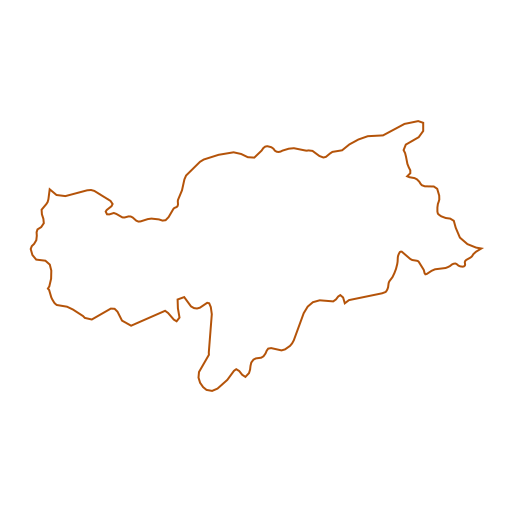 the Province of Bozen
{"feature_id": "ITA-5459", "entity_name": "Bozen", "entity_type": "Province", "adm_level": 1, "iso_a3": "ITA", "parent_name": "Italy", "parent_adm1": "", "projection": "albers", "projection_center": [11.502, 46.655], "detail": "fine", "context": "isolated", "style": "outline", "palette": "amber", "viewbox_px": 512, "rotation_deg": 0, "n_neighbors": 0, "source": "natural_earth", "source_scale": "10m", "svg_char_len": 3362}
<svg xmlns="http://www.w3.org/2000/svg" viewBox="0 0 512 512"><path d="M47.9,288.6L49.3,286.4L51.1,278.7L51.3,270.6L49.8,264.6L45.4,260.7L36.2,259.6L32.4,255.0L30.7,249.0L31.8,246.1L34.1,243.9L36.3,240.2L36.8,235.8L36.6,232.2L37.5,229.4L41.2,227.1L43.8,223.2L43.4,218.9L41.9,214.3L41.6,209.7L46.3,204.1L47.6,202.1L48.4,199.3L49.7,189.3L56.5,195.0L65.4,196.1L87.2,190.3L91.0,190.0L94.3,190.9L110.5,200.9L112.6,204.0L111.5,206.2L106.7,210.0L105.7,211.6L107.0,214.3L109.3,214.4L113.8,213.0L116.3,213.9L122.4,217.4L124.5,217.5L128.6,216.4L130.7,216.5L132.7,217.5L136.3,220.7L138.5,221.6L140.6,221.4L147.8,219.1L151.4,218.6L158.9,219.4L162.5,220.6L165.6,220.2L168.6,217.1L173.4,208.9L174.3,208.0L176.7,207.0L177.6,206.0L178.0,204.4L177.8,201.1L178.0,199.9L182.0,190.3L184.4,179.4L186.1,175.5L200.0,161.8L203.8,159.5L218.6,154.8L233.6,152.3L241.2,154.0L247.8,157.2L254.3,157.6L261.6,150.6L263.3,148.1L265.2,146.6L267.3,146.2L271.0,147.1L272.4,147.9L273.7,149.0L274.8,150.6L276.6,151.7L278.5,152.0L280.5,151.6L282.5,150.6L288.8,148.7L293.9,148.2L304.8,150.4L305.0,150.4L305.2,150.5L306.8,150.7L308.4,150.4L312.5,150.9L319.4,156.0L323.4,157.5L325.9,156.9L330.0,153.5L332.4,151.9L342.1,150.3L349.4,144.4L358.4,139.5L367.8,136.2L383.0,135.4L404.5,123.9L408.1,123.2L418.2,121.1L423.2,122.8L423.2,126.8L423.2,131.0L418.7,137.2L405.8,144.6L403.6,150.1L405.1,153.1L406.0,156.7L407.4,163.9L408.8,167.4L410.3,170.3L410.3,173.2L407.2,176.3L409.4,177.2L414.5,178.1L416.9,179.3L419.3,181.7L420.5,183.7L421.8,185.2L424.8,186.3L433.8,186.5L437.2,188.8L439.2,195.6L439.3,199.5L438.7,201.7L437.9,203.9L437.4,207.5L437.4,211.6L437.9,213.7L439.2,214.9L441.2,216.3L445.7,218.0L450.2,218.6L453.8,220.8L455.7,227.7L459.9,237.6L467.4,244.1L476.1,247.6L481.3,248.5L475.9,251.8L473.3,254.2L472.2,256.0L471.5,256.8L470.4,257.6L466.3,259.9L465.2,261.0L464.8,262.2L465.1,264.4L464.9,265.5L464.1,266.3L462.8,266.7L460.4,266.4L459.0,265.9L457.9,265.2L457.2,264.5L456.3,263.9L455.3,263.5L453.8,263.7L452.2,264.3L449.9,266.1L447.9,267.1L445.6,268.0L435.0,269.3L431.6,270.8L426.7,274.0L425.4,274.3L424.6,273.2L424.0,270.8L423.7,269.8L418.8,261.9L418.1,261.2L417.1,260.8L412.2,260.0L410.3,259.0L401.8,251.7L400.9,251.6L399.8,252.1L398.7,254.2L398.1,255.8L397.8,257.4L397.6,261.6L397.2,264.2L396.0,268.9L394.4,273.1L392.5,277.1L389.7,280.8L389.0,282.0L388.6,283.3L388.1,287.2L387.7,288.4L387.3,289.5L386.8,290.4L386.2,291.3L385.6,292.0L382.1,293.3L349.0,300.1L344.8,303.3L343.1,297.5L340.3,295.1L338.2,296.5L336.0,299.4L333.2,301.4L319.7,300.3L312.9,302.2L307.7,306.6L303.7,313.2L293.8,340.3L292.1,343.4L290.0,345.9L285.0,349.4L281.5,350.4L271.2,348.1L268.2,348.6L266.7,350.7L265.5,353.5L263.5,356.3L261.2,357.7L255.9,358.4L253.5,359.6L251.3,362.5L250.5,365.9L250.1,369.5L249.0,373.1L245.4,376.9L242.2,374.8L239.2,371.0L236.2,369.2L234.0,370.8L227.3,379.9L217.5,388.6L212.1,390.9L206.5,389.9L203.1,387.1L200.1,382.8L198.5,377.6L199.0,372.0L208.9,354.8L208.8,352.4L211.8,314.2L210.8,307.1L209.2,303.3L207.2,302.8L199.9,307.7L197.0,308.5L194.0,308.1L191.0,306.4L184.2,297.1L177.6,299.5L177.9,308.3L179.5,317.6L176.6,321.3L173.8,319.6L168.1,313.0L165.1,310.8L131.1,325.7L122.0,320.6L117.5,311.7L114.6,308.8L110.8,308.6L91.8,319.5L84.8,317.9L83.1,316.1L72.9,309.5L67.0,306.7L56.8,305.0L55.6,304.1L54.3,302.8L52.2,299.3L51.3,297.4L49.1,289.9L47.9,288.6Z" fill="none" stroke="#b45309" stroke-width="2"/></svg>